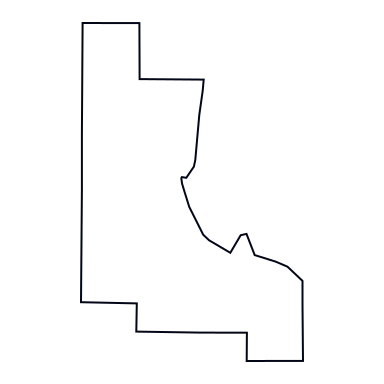 outline of Bay, Michigan, United States of America
{"feature_id": "52423323B76929039895694", "entity_name": "Bay", "entity_type": "district", "adm_level": 2, "iso_a3": "USA", "parent_name": "United States of America", "parent_adm1": "Michigan", "projection": "albers", "projection_center": [-83.928, 43.738], "detail": "fine", "context": "isolated", "style": "outline", "palette": "ink", "viewbox_px": 384, "rotation_deg": 0, "n_neighbors": 0, "source": "geoboundaries", "source_scale": "gbopen_adm2", "svg_char_len": 524}
<svg xmlns="http://www.w3.org/2000/svg" viewBox="0 0 384 384"><path d="M82.6,23.0L81.9,134.6L81.9,190.4L81.0,302.2L136.8,303.4L136.3,331.6L200.1,332.6L246.9,332.7L246.7,361.0L303.0,360.9L302.5,304.2L302.5,280.9L287.5,266.7L275.6,261.6L254.7,255.1L246.5,233.9L240.7,235.2L230.3,252.8L209.1,240.3L203.2,234.7L189.2,206.8L184.5,191.7L182.1,183.8L181.3,178.2L181.9,177.1L186.3,177.8L193.9,166.6L195.3,159.9L199.3,114.8L202.7,90.8L203.7,79.6L139.6,79.1L139.4,23.1L82.6,23.0Z" fill="none" stroke="#020617" stroke-width="2"/></svg>